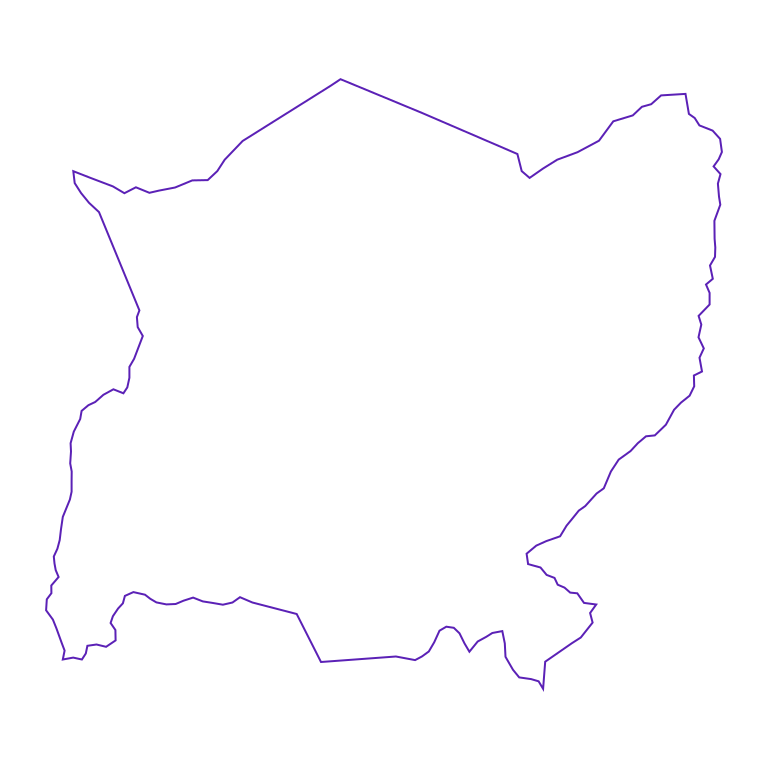 Inhumas, Goiás, Brazil
{"feature_id": "56859067B39938003702048", "entity_name": "Inhumas", "entity_type": "district", "adm_level": 2, "iso_a3": "BRA", "parent_name": "Brazil", "parent_adm1": "Goiás", "projection": "orthographic", "projection_center": [-49.521, -16.312], "detail": "fine", "context": "isolated", "style": "outline", "palette": "violet", "viewbox_px": 768, "rotation_deg": 0, "n_neighbors": 0, "source": "geoboundaries", "source_scale": "gbopen_adm2", "svg_char_len": 2374}
<svg xmlns="http://www.w3.org/2000/svg" viewBox="0 0 768 768"><path d="M62.8,659.5L73.2,657.6L81.9,659.5L85.8,653.5L87.4,645.8L96.5,644.5L106.1,646.8L115.6,640.4L115.4,630.0L110.6,623.0L112.9,616.2L118.1,608.5L122.9,603.3L124.9,595.9L133.4,592.1L145.0,594.7L150.3,598.8L156.4,602.4L166.4,604.4L175.7,604.0L183.5,600.7L193.1,597.6L202.8,601.4L211.8,602.8L222.9,604.7L232.5,602.5L240.0,597.2L252.4,602.5L296.7,614.0L321.0,662.0L395.9,656.5L415.1,660.1L421.9,656.5L428.8,651.5L434.2,642.3L439.5,630.7L446.3,626.7L453.8,627.8L459.5,633.3L464.5,643.4L469.4,651.7L477.7,641.5L486.3,636.8L492.3,633.0L502.3,631.1L504.8,643.4L505.5,656.8L509.0,662.9L513.0,669.8L519.2,677.4L531.1,679.1L538.6,681.3L543.1,688.8L545.2,661.7L571.9,643.2L580.8,637.5L592.6,622.6L590.1,613.0L596.2,604.5L584.0,602.9L577.3,593.3L570.2,592.6L564.5,587.6L557.7,584.7L554.5,577.9L546.6,574.9L540.5,567.5L528.1,564.1L526.6,553.7L536.3,545.6L546.3,541.1L560.1,536.3L566.6,525.6L572.6,518.3L578.8,510.6L585.2,506.1L596.6,493.5L603.8,488.3L610.9,471.5L618.7,459.6L630.6,451.0L637.8,443.2L646.0,436.3L654.8,435.4L665.9,424.7L674.1,409.7L681.0,402.6L689.6,395.7L694.2,386.3L693.9,375.5L702.0,371.5L699.5,357.7L703.8,348.4L698.5,337.3L701.3,324.6L698.6,315.9L709.6,304.5L709.6,292.9L706.0,284.5L712.8,278.8L710.0,265.5L715.0,256.9L715.3,247.5L714.6,238.7L714.4,220.8L720.3,204.7L719.0,196.6L717.9,183.6L720.5,174.1L713.6,166.4L718.7,159.3L721.9,152.0L720.1,138.9L712.6,130.6L699.4,125.4L694.7,118.0L688.9,113.9L685.5,93.9L661.1,95.4L651.2,104.2L641.9,106.8L632.8,115.4L613.3,121.3L599.0,140.7L577.5,152.2L557.2,159.7L543.1,168.5L529.6,177.9L521.7,171.1L517.4,154.0L422.4,113.1L340.5,79.2L330.9,85.6L242.6,141.0L234.0,150.0L224.7,159.7L217.3,171.1L207.7,180.1L192.3,180.4L175.1,187.5L159.0,190.6L149.4,192.8L135.9,187.3L124.4,193.2L112.9,186.4L90.5,177.9L73.3,171.2L74.7,183.1L81.1,193.1L89.0,202.8L99.0,212.1L139.4,310.4L136.9,317.1L137.7,327.1L142.8,336.0L134.1,358.8L129.4,366.9L129.4,377.8L127.3,387.4L123.4,393.3L113.4,389.3L103.4,394.8L95.2,402.0L88.4,405.2L81.6,410.9L80.2,419.0L73.8,431.6L70.6,443.2L71.0,451.5L70.2,463.4L71.7,471.5L71.6,480.5L71.6,491.7L69.9,499.5L62.8,516.9L61.0,529.2L59.7,540.1L57.4,548.7L53.8,556.5L54.5,563.5L55.7,570.1L58.6,577.0L51.3,585.5L51.4,593.2L46.8,599.3L46.1,610.3L52.9,619.6L56.4,628.3L61.8,643.2L64.6,650.6L62.8,659.5Z" fill="none" stroke="#5b21b6" stroke-width="2"/></svg>